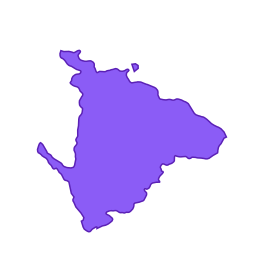 SVG path tracing the border of Madrid, rotated 76°
{"feature_id": "ESP-5833", "entity_name": "Madrid", "entity_type": "Autonomous Community", "adm_level": 1, "iso_a3": "ESP", "parent_name": "Spain", "parent_adm1": "", "projection": "robinson", "projection_center": [-3.775, 40.528], "detail": "fine", "context": "isolated", "style": "filled", "palette": "violet", "viewbox_px": 256, "rotation_deg": 76, "n_neighbors": 0, "source": "natural_earth", "source_scale": "10m", "svg_char_len": 5039}
<svg xmlns="http://www.w3.org/2000/svg" viewBox="0 0 256 256"><g transform="rotate(76 128 128)"><path d="M218.0,182.4L217.1,182.1L216.6,182.2L216.3,182.8L216.5,184.1L216.9,185.1L217.2,186.3L217.6,187.3L218.2,188.2L218.9,189.1L219.3,190.0L219.2,191.1L218.5,192.2L217.3,193.4L215.5,194.9L213.1,195.5L207.1,195.8L206.8,194.3L206.4,193.7L204.2,192.5L199.3,194.1L192.0,197.7L187.0,198.5L185.5,199.0L184.2,198.8L181.9,197.1L177.7,198.8L166.1,198.4L164.5,199.7L163.7,201.3L163.1,202.1L162.1,202.6L157.2,203.7L156.2,204.2L155.5,204.7L154.6,205.4L154.5,205.5L152.2,206.1L150.3,206.8L149.7,207.4L149.9,209.5L149.6,210.2L148.6,210.8L145.8,211.5L143.6,212.9L142.2,213.5L140.0,213.7L138.7,214.2L137.8,214.6L137.0,215.3L135.9,216.5L134.1,218.1L133.1,218.5L131.2,219.9L130.3,221.0L128.9,221.3L126.9,221.0L123.1,218.7L121.6,217.5L121.1,216.4L122.2,215.5L123.6,214.7L131.2,212.5L132.6,212.4L133.2,211.9L135.2,209.8L135.9,209.3L138.1,208.6L140.1,207.1L145.7,201.5L147.3,200.6L148.2,200.5L149.6,199.6L150.2,199.1L150.4,198.6L151.4,197.2L151.7,196.6L152.8,193.5L153.0,192.8L152.9,191.3L153.0,190.6L152.5,189.9L151.3,188.9L145.4,186.1L143.1,186.0L141.2,185.4L139.5,185.2L136.5,185.7L135.0,185.3L134.3,185.0L133.5,184.4L131.6,181.9L130.8,181.3L129.8,181.0L127.8,181.5L126.7,181.4L125.5,180.5L124.8,179.7L124.2,179.1L123.6,178.7L117.8,177.3L113.9,175.5L107.5,173.6L106.0,172.9L104.9,172.1L104.3,171.1L103.5,170.1L102.6,169.2L101.5,168.6L98.9,167.6L97.9,167.4L96.8,168.2L95.6,168.9L94.0,169.4L91.7,169.1L89.8,168.5L86.4,165.3L85.7,164.4L84.7,163.8L83.6,163.7L80.6,165.5L77.6,166.0L76.2,166.9L75.6,167.7L74.7,169.3L73.7,170.7L72.9,171.5L71.2,172.8L70.5,173.1L70.0,173.1L68.4,171.3L66.5,170.6L65.4,169.7L64.6,168.9L63.7,166.9L63.4,165.9L63.4,164.8L63.7,162.7L63.6,161.7L63.1,160.8L62.3,160.2L61.6,160.0L61.0,160.2L59.5,162.4L58.9,163.5L58.1,164.4L54.4,168.0L53.8,169.1L52.7,170.4L51.0,171.5L47.3,172.9L45.8,173.8L44.6,174.8L44.0,175.7L42.9,176.3L41.4,176.4L39.4,176.0L36.7,174.4L38.3,171.8L39.4,166.8L40.9,163.8L41.6,163.0L41.8,161.9L41.6,160.7L41.0,158.8L40.8,157.7L40.9,156.4L41.5,155.8L42.4,155.7L43.2,156.3L44.6,158.2L45.3,158.8L45.9,159.0L47.9,158.8L49.1,158.5L50.5,157.6L51.5,156.2L52.7,154.0L53.1,152.6L53.3,151.6L53.3,150.7L53.7,148.3L54.2,147.4L55.3,146.3L55.9,145.8L56.7,145.5L57.4,145.3L58.2,145.4L59.2,145.6L59.9,145.9L60.6,146.0L61.1,146.0L62.0,145.6L65.4,145.3L66.6,144.8L66.8,144.0L66.2,141.9L67.2,138.7L67.6,137.5L67.8,136.5L67.7,135.5L67.4,134.6L67.5,132.8L67.6,132.0L67.6,131.3L67.4,130.4L67.5,128.3L67.4,127.0L67.4,125.5L68.2,124.1L69.1,123.3L70.0,122.7L70.5,122.3L70.8,121.8L71.1,121.3L71.6,119.6L71.6,118.6L71.6,117.6L71.3,116.5L70.9,115.5L70.9,114.1L71.4,113.4L72.3,113.2L72.9,113.9L73.8,115.6L74.6,116.2L75.6,116.6L76.7,116.9L79.0,116.5L81.1,115.7L82.4,115.4L83.7,114.9L84.9,113.9L85.2,112.9L85.3,110.7L85.6,108.3L85.6,107.4L86.5,104.5L89.9,99.8L90.4,98.8L95.1,92.4L96.3,91.3L98.7,90.2L100.2,90.2L101.6,90.5L102.6,90.9L103.7,90.9L106.4,90.4L107.1,90.2L107.9,89.5L108.3,88.4L108.9,87.3L109.7,85.2L110.0,84.1L110.1,81.9L110.3,80.8L110.8,79.6L111.6,78.3L112.0,77.1L112.0,76.0L111.6,74.0L111.8,73.0L112.2,72.0L113.8,69.3L115.6,67.3L116.6,65.8L117.8,64.6L119.0,63.6L129.4,60.3L130.5,59.7L131.6,58.9L133.2,56.6L133.8,55.4L134.6,54.3L135.7,52.1L136.9,50.9L138.7,49.4L143.9,46.0L146.2,43.8L148.4,41.2L149.1,40.1L150.1,39.1L151.2,38.0L155.1,35.8L160.6,34.7L161.1,37.3L165.7,41.5L167.0,43.4L168.1,44.5L169.0,45.1L171.8,46.4L172.7,46.6L173.8,47.1L175.2,52.1L177.0,56.7L177.1,58.7L176.7,60.1L175.8,62.0L175.4,63.1L174.9,64.2L173.9,67.5L173.4,68.6L172.8,69.7L172.4,71.1L172.0,72.1L171.9,73.3L172.5,74.5L172.5,76.1L172.0,76.8L171.4,77.4L170.8,77.7L170.3,78.1L169.8,78.6L169.5,79.3L168.8,83.6L168.6,84.5L168.0,86.0L167.3,87.3L166.9,87.9L166.4,88.4L166.4,89.0L166.7,89.5L167.6,90.0L171.1,91.0L171.9,91.9L172.7,93.6L173.0,95.0L173.1,97.0L173.5,98.0L173.5,99.2L173.1,100.1L171.6,102.0L171.2,103.3L171.7,104.2L172.4,105.1L173.2,105.8L174.2,106.2L176.0,105.8L177.7,105.9L178.3,105.3L178.7,104.6L179.6,104.6L180.6,105.8L182.3,108.6L183.7,110.0L185.0,110.8L185.9,110.9L186.8,110.6L187.4,110.2L188.2,110.5L187.5,113.6L187.3,117.6L187.8,118.9L188.5,119.8L189.6,120.5L191.2,121.9L191.6,122.9L191.9,124.1L191.8,124.8L191.5,125.3L191.2,125.6L191.0,126.3L191.3,126.8L191.7,127.1L192.5,127.1L193.2,126.9L194.0,126.4L194.8,126.0L195.5,125.7L196.6,125.9L197.6,126.3L198.5,127.1L199.4,127.8L201.9,130.1L202.3,131.0L202.4,131.6L202.4,132.2L202.7,135.1L202.5,139.3L202.9,140.3L203.8,140.9L204.9,141.1L206.2,141.8L207.7,143.0L209.5,145.8L210.0,147.5L209.8,148.7L209.5,149.3L209.4,149.8L209.5,151.1L209.6,151.9L209.4,152.6L209.0,153.2L208.5,154.6L208.5,155.3L208.2,156.1L207.7,156.9L206.0,158.5L205.2,159.6L204.9,161.2L204.8,162.5L204.3,163.8L204.0,165.2L204.0,166.8L204.3,168.8L205.2,169.9L206.1,169.9L207.0,169.1L207.7,168.2L208.5,167.3L211.7,165.1L212.8,164.9L214.2,165.8L215.2,167.7L216.3,170.3L216.7,172.1L216.9,173.4L216.8,176.5L218.0,182.4ZM72.6,103.7L74.7,108.2L67.1,108.8L67.5,105.2L69.8,103.1L72.6,103.7Z" fill="#8b5cf6" stroke="#5b21b6" stroke-width="1.5"/></g></svg>